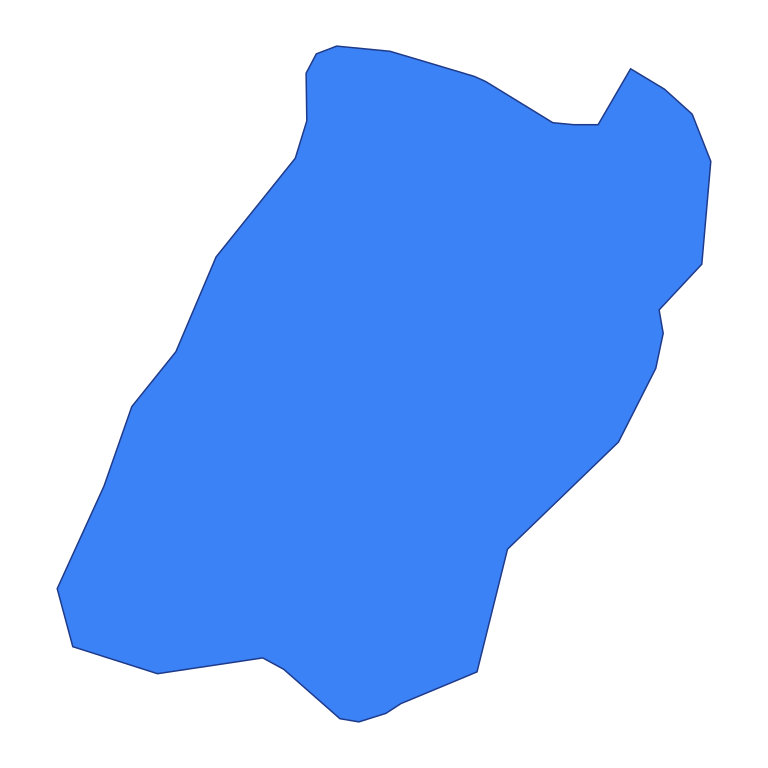 the Municipality of Lovrenc na Pohorju
{"feature_id": "SVN-235", "entity_name": "Lovrenc na Pohorju", "entity_type": "Municipality", "adm_level": 1, "iso_a3": "SVN", "parent_name": "Slovenia", "parent_adm1": "", "projection": "equal_earth", "projection_center": [15.394, 46.529], "detail": "fine", "context": "isolated", "style": "filled", "palette": "blue", "viewbox_px": 768, "rotation_deg": 0, "n_neighbors": 0, "source": "natural_earth", "source_scale": "10m", "svg_char_len": 553}
<svg xmlns="http://www.w3.org/2000/svg" viewBox="0 0 768 768"><path d="M336.6,46.1L390.1,51.3L474.3,76.4L485.8,81.6L552.8,122.7L573.8,124.7L598.1,124.7L630.6,68.8L664.5,89.2L692.2,114.2L710.8,161.4L701.8,264.2L659.1,309.9L663.2,333.3L655.8,368.3L618.5,442.0L507.5,549.2L477.0,671.9L400.9,703.6L386.0,713.3L358.9,721.9L339.9,718.7L283.7,669.3L262.7,657.9L157.5,673.7L72.8,646.7L57.2,588.7L104.0,486.1L131.8,406.6L175.9,351.7L216.1,256.9L295.3,158.2L306.8,120.9L306.1,73.2L316.3,53.9L336.6,46.1Z" fill="#3b82f6" stroke="#1e3a8a" stroke-width="1.5"/></svg>